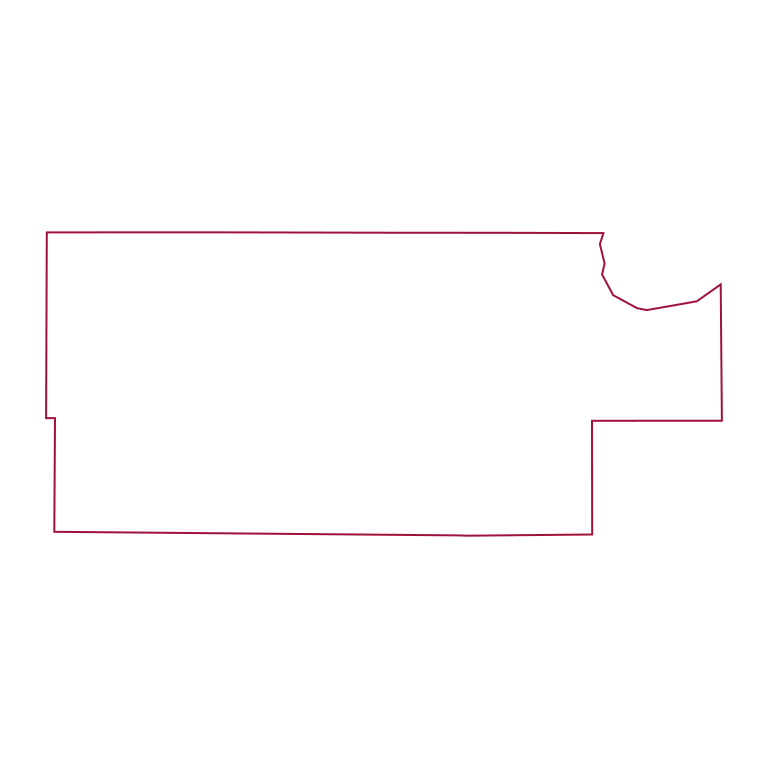 Roseau, Minnesota, United States of America (Equal Earth projection)
{"feature_id": "52423323B84865838515983", "entity_name": "Roseau", "entity_type": "district", "adm_level": 2, "iso_a3": "USA", "parent_name": "United States of America", "parent_adm1": "Minnesota", "projection": "equal_earth", "projection_center": [-95.583, 48.769], "detail": "fine", "context": "isolated", "style": "outline", "palette": "rose", "viewbox_px": 768, "rotation_deg": 0, "n_neighbors": 0, "source": "geoboundaries", "source_scale": "gbopen_adm2", "svg_char_len": 387}
<svg xmlns="http://www.w3.org/2000/svg" viewBox="0 0 768 768"><path d="M458.5,535.4L466.6,535.7L592.2,534.5L592.0,420.8L721.9,420.7L720.7,284.4L696.8,301.3L646.8,310.1L636.9,308.1L613.2,295.2L602.1,274.5L604.6,263.5L599.9,244.1L603.4,233.1L502.6,232.8L383.9,232.7L198.6,232.3L46.8,232.4L46.1,418.1L55.0,418.1L54.3,531.8L458.5,535.4Z" fill="none" stroke="#9f1239" stroke-width="2"/></svg>